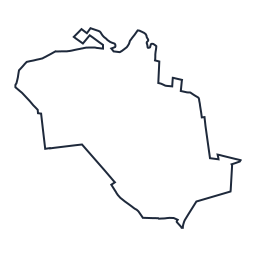 the district of Zerind, Arad, Romania
{"feature_id": "2599482B52549307092918", "entity_name": "Zerind", "entity_type": "district", "adm_level": 2, "iso_a3": "ROU", "parent_name": "Romania", "parent_adm1": "Arad", "projection": "albers", "projection_center": [21.492, 46.616], "detail": "fine", "context": "isolated", "style": "outline", "palette": "slate", "viewbox_px": 256, "rotation_deg": 0, "n_neighbors": 0, "source": "geoboundaries", "source_scale": "gbopen_adm2", "svg_char_len": 3954}
<svg xmlns="http://www.w3.org/2000/svg" viewBox="0 0 256 256"><path d="M230.5,191.5L230.7,190.0L230.8,188.2L232.1,165.4L231.9,164.9L231.6,164.3L234.8,163.3L236.5,162.7L239.6,161.6L239.8,161.5L240.2,160.8L240.6,160.2L240.4,160.1L234.8,158.8L222.6,155.8L220.0,155.1L217.6,154.6L218.4,158.3L218.5,159.3L218.0,159.2L216.9,159.1L213.2,158.6L210.0,158.2L208.4,146.8L205.5,126.1L204.5,117.1L201.8,117.4L201.1,112.2L200.1,106.0L199.8,103.6L199.2,100.6L199.1,99.4L198.9,98.7L198.7,98.1L198.3,97.7L197.9,97.3L196.3,96.4L194.0,95.0L191.6,93.4L190.6,92.7L190.2,92.5L187.2,92.4L180.8,91.0L181.8,81.0L182.0,79.9L175.9,78.5L173.5,77.9L172.8,77.8L172.7,79.0L172.2,86.4L169.3,86.1L166.9,85.9L165.5,85.7L165.2,85.6L162.7,84.4L161.1,83.7L160.4,83.5L158.3,83.0L159.2,63.7L159.3,61.5L155.0,60.4L155.2,59.2L155.3,56.8L155.3,54.7L155.4,53.5L155.6,51.7L156.0,49.3L156.2,47.7L156.3,46.2L155.8,45.7L155.0,45.1L154.1,44.5L153.4,44.0L153.0,43.9L152.3,43.8L151.8,43.8L151.5,43.9L151.1,44.1L150.9,44.3L150.8,44.6L150.7,44.9L150.4,46.0L150.1,47.1L149.9,47.4L149.6,47.5L149.1,47.7L148.6,47.8L148.3,47.8L148.0,47.8L147.8,47.6L147.7,47.4L147.6,47.2L147.5,46.8L147.5,46.5L147.5,46.0L147.4,45.5L147.2,44.7L147.0,43.9L146.8,43.4L146.7,43.0L146.8,42.4L146.9,42.1L147.0,41.9L147.3,41.6L147.7,41.3L148.0,40.8L148.2,40.4L148.2,40.0L148.2,39.8L148.0,39.4L147.8,39.0L147.7,38.7L147.3,38.2L146.9,37.4L146.7,37.0L146.6,36.6L146.5,35.8L146.3,35.3L146.1,34.9L145.9,34.6L145.7,34.2L145.5,33.9L145.3,33.8L145.0,33.6L144.9,33.5L144.6,33.3L144.3,33.0L144.0,32.8L143.3,32.5L142.7,32.2L141.5,31.6L141.0,31.4L140.5,31.2L140.0,30.9L139.6,30.7L139.2,30.7L138.9,30.6L138.5,30.5L137.9,30.4L137.7,30.4L136.9,31.5L134.5,34.9L132.8,37.0L131.8,38.3L130.9,39.6L130.0,40.7L129.9,41.0L129.7,41.6L129.4,42.6L129.1,43.5L128.8,44.2L128.4,44.8L127.8,45.8L127.1,46.7L126.8,47.2L123.8,49.5L121.8,51.0L121.0,51.4L120.7,51.7L120.3,51.9L119.8,52.1L119.3,52.1L116.1,51.7L113.6,51.4L113.4,51.1L111.3,48.5L111.9,48.3L112.7,48.0L114.2,47.4L115.1,47.0L115.4,46.3L115.4,45.2L115.2,44.5L114.7,43.7L114.0,43.4L111.9,42.7L110.1,41.9L108.7,40.9L107.4,40.0L106.3,38.8L105.4,38.1L104.1,37.1L103.5,36.5L102.6,35.5L101.7,34.2L100.6,32.4L99.6,31.4L98.8,31.1L98.2,30.8L96.9,30.4L94.6,29.6L91.9,28.7L90.5,28.2L86.9,33.2L85.3,32.0L83.2,30.4L81.5,29.1L78.5,32.2L73.8,36.9L75.9,38.5L82.9,43.5L89.7,35.3L92.7,37.4L99.2,42.2L103.0,44.9L103.0,48.6L101.8,48.5L99.3,48.2L96.6,47.9L96.2,47.8L95.8,47.7L95.2,47.6L94.7,47.5L94.4,47.5L93.3,47.5L92.0,47.5L91.4,47.5L90.9,47.5L89.7,47.5L88.9,47.5L88.0,47.6L87.3,47.6L86.6,47.6L86.2,47.6L85.8,47.7L84.6,47.9L82.4,48.4L81.1,48.6L79.9,48.9L77.7,49.3L74.8,49.9L71.7,50.6L69.5,51.0L68.6,51.1L68.3,51.1L67.1,51.3L65.6,51.3L62.9,51.3L60.0,51.4L56.0,51.5L55.7,51.3L55.2,51.5L53.6,52.4L51.1,53.8L48.5,55.2L47.5,55.7L45.9,56.6L43.3,57.9L42.5,58.4L42.0,58.5L39.5,59.1L36.7,59.7L33.9,60.4L32.9,60.6L30.3,61.1L27.6,61.7L26.7,61.9L24.7,64.0L22.9,66.1L20.9,68.3L19.0,70.3L18.4,73.8L17.9,77.2L17.2,80.3L16.4,83.4L15.6,84.5L15.4,85.1L15.4,87.2L15.7,87.5L19.7,90.9L22.0,92.8L29.6,100.9L33.3,105.3L35.5,107.5L37.7,109.8L38.0,113.2L41.1,113.6L42.7,127.5L45.2,148.8L49.3,148.2L49.9,148.1L50.0,148.4L54.3,147.8L74.9,145.3L82.0,144.5L82.6,145.2L104.8,170.6L113.5,180.8L114.9,182.3L112.7,183.8L111.9,184.3L111.3,184.7L115.4,191.2L115.6,191.4L116.7,193.4L117.6,194.6L117.7,194.9L118.8,196.1L120.3,197.8L121.7,198.9L124.8,201.4L128.3,203.9L131.7,206.4L133.9,208.1L135.4,209.1L136.5,209.6L138.4,211.3L140.0,213.6L142.0,216.5L142.8,217.8L151.9,218.1L158.2,218.2L158.6,218.5L158.8,218.7L159.1,218.7L160.1,218.6L164.8,218.4L166.9,218.1L169.2,217.9L170.3,217.9L173.1,218.0L173.6,218.0L174.1,218.2L177.7,219.8L177.1,220.7L176.8,221.1L176.7,221.5L176.7,221.8L176.8,222.0L177.1,222.4L179.8,225.4L180.8,226.5L181.3,227.1L181.5,227.4L181.5,227.6L181.6,227.8L182.8,227.8L182.9,226.2L183.3,224.3L184.1,221.7L184.8,220.1L188.6,213.9L196.2,201.8L196.4,201.5L213.8,196.4L222.0,194.0L230.5,191.5Z" fill="none" stroke="#1e293b" stroke-width="2"/></svg>